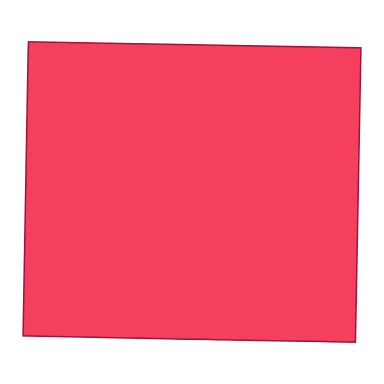 outline of Pipestone, Minnesota, United States of America, rotated 271°
{"feature_id": "52423323B28464929299777", "entity_name": "Pipestone", "entity_type": "district", "adm_level": 2, "iso_a3": "USA", "parent_name": "United States of America", "parent_adm1": "Minnesota", "projection": "natural_earth1", "projection_center": [-96.389, 44.023], "detail": "fine", "context": "isolated", "style": "filled", "palette": "rose", "viewbox_px": 384, "rotation_deg": 271, "n_neighbors": 0, "source": "geoboundaries", "source_scale": "gbopen_adm2", "svg_char_len": 436}
<svg xmlns="http://www.w3.org/2000/svg" viewBox="0 0 384 384"><g transform="rotate(271 192 192)"><path d="M339.1,358.4L339.3,25.9L328.1,25.7L45.2,25.6L44.8,177.2L44.7,179.0L44.7,189.6L44.7,191.2L44.9,205.4L44.9,207.3L44.7,218.9L44.7,220.7L44.8,232.8L44.7,234.9L44.7,245.3L44.8,245.9L44.7,261.0L44.7,262.6L44.8,330.1L44.7,330.1L44.7,331.6L44.7,357.9L44.7,358.0L339.1,358.4Z" fill="#f43f5e" stroke="#9f1239" stroke-width="1.5"/></g></svg>